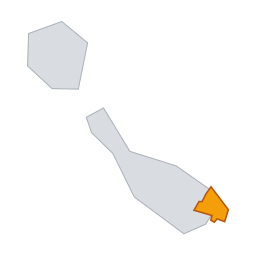 Saint Anne Sandy Point highlighted on a map of Saint Kitts and Nevis, rotated 184°
{"feature_id": "KNA-5100", "entity_name": "Saint Anne Sandy Point", "entity_type": "Parish", "adm_level": 1, "iso_a3": "KNA", "parent_name": "Saint Kitts and Nevis", "parent_adm1": "", "projection": "albers", "projection_center": [-62.834, 17.356], "detail": "fine", "context": "in_parent", "style": "filled", "palette": "amber", "viewbox_px": 256, "rotation_deg": 184, "n_neighbors": 0, "source": "natural_earth", "source_scale": "10m", "svg_char_len": 581}
<svg xmlns="http://www.w3.org/2000/svg" viewBox="0 0 256 256"><g transform="rotate(184 128 128)"><path d="M170.4,135.8L153.8,146.3L124.5,104.8L77.2,93.5L36.4,69.0L35.4,63.8L36.1,51.5L44.1,37.3L64.9,26.4L116.9,59.6L141.3,101.5L164.0,120.8L170.4,135.8ZM233.8,215.3L201.5,229.6L174.2,210.1L180.3,163.3L206.4,162.0L232.5,182.8L233.8,215.3Z" fill="#d9dde1" stroke="#a8b0b8" stroke-width="1"/><path d="M41.1,75.2L22.2,53.5L25.0,41.3L32.8,43.5L35.3,40.0L39.0,41.8L38.2,46.6L56.5,50.5L52.0,59.7L49.0,59.7L45.7,67.6L41.1,75.2Z" fill="#f59e0b" stroke="#b45309" stroke-width="1.5"/></g></svg>